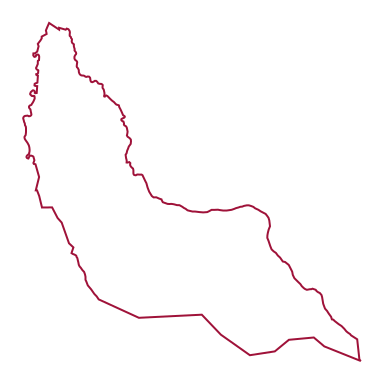 the district of Santa Catarina Quioquitani, Oaxaca, Mexico
{"feature_id": "50627088B43254077601516", "entity_name": "Santa Catarina Quioquitani", "entity_type": "district", "adm_level": 2, "iso_a3": "MEX", "parent_name": "Mexico", "parent_adm1": "Oaxaca", "projection": "robinson", "projection_center": [-96.284, 16.318], "detail": "fine", "context": "isolated", "style": "outline", "palette": "rose", "viewbox_px": 384, "rotation_deg": 0, "n_neighbors": 0, "source": "geoboundaries", "source_scale": "gbopen_adm2", "svg_char_len": 5509}
<svg xmlns="http://www.w3.org/2000/svg" viewBox="0 0 384 384"><path d="M47.2,27.3L45.9,30.5L46.4,32.5L46.6,34.0L41.7,36.6L41.7,38.4L40.3,40.7L39.4,41.8L37.8,43.9L38.6,46.2L37.2,51.6L35.1,53.3L33.4,53.4L33.3,54.7L33.3,55.5L33.7,56.0L33.9,56.4L34.3,56.8L34.7,56.9L35.6,56.5L35.9,56.1L35.9,55.6L36.2,55.1L37.8,54.5L38.1,54.6L38.6,55.0L39.0,55.7L39.2,56.7L39.2,57.0L39.0,60.2L37.9,60.8L37.8,61.6L37.8,62.9L37.8,64.0L37.4,64.9L36.6,66.9L36.3,67.3L36.1,67.8L36.1,68.4L36.4,68.9L36.7,69.4L37.2,69.7L37.9,70.0L38.3,70.4L38.1,73.0L37.9,73.2L37.7,73.5L37.3,73.9L36.2,74.2L36.3,74.8L36.8,75.1L37.4,75.6L37.9,75.7L37.4,82.6L36.9,82.9L35.6,83.3L34.7,83.8L34.5,84.9L34.5,85.5L34.8,85.7L35.4,85.9L36.0,86.0L36.6,86.1L37.2,86.1L36.7,93.0L35.9,93.1L35.3,93.2L34.8,92.9L34.8,92.2L34.7,91.5L34.5,91.1L34.0,90.6L33.1,90.3L32.7,90.4L32.2,90.8L31.5,91.5L30.8,92.1L30.6,92.6L30.1,94.0L30.5,94.7L30.9,95.1L31.6,95.5L31.7,95.9L33.1,96.1L33.7,95.9L34.1,95.9L34.5,96.3L34.6,97.2L34.7,98.3L34.4,99.3L34.0,100.1L33.5,101.3L33.2,101.8L32.8,102.6L32.2,103.4L31.9,103.8L31.5,104.7L31.1,105.0L30.5,105.3L30.0,105.4L29.5,105.8L29.2,106.2L29.0,106.6L29.0,107.2L29.1,107.6L29.3,108.1L29.6,108.5L29.9,108.8L30.4,109.4L30.6,110.3L30.7,111.1L31.1,112.8L31.3,113.9L31.4,114.6L31.2,115.2L30.8,115.6L30.0,116.1L29.3,116.2L28.6,116.2L28.2,115.9L27.4,115.6L26.9,115.7L26.2,115.8L25.2,115.9L24.4,116.2L23.8,116.8L23.4,117.4L23.2,118.3L23.4,119.2L23.8,120.5L24.1,121.9L24.8,123.4L25.0,125.2L25.8,126.6L26.0,128.1L26.0,132.0L25.8,134.0L25.6,135.2L25.0,136.0L24.5,136.9L24.5,137.7L24.8,138.9L25.6,140.2L26.6,141.6L27.4,142.7L28.6,144.9L29.0,145.9L29.4,147.7L29.6,150.0L29.5,151.6L29.4,152.2L29.1,153.0L29.2,153.7L28.5,154.3L27.3,155.3L26.8,155.9L26.5,156.6L26.5,157.2L26.9,157.9L27.5,158.3L28.4,158.5L28.8,157.6L29.4,156.4L30.0,155.7L31.4,155.7L32.8,156.2L33.4,156.7L34.4,160.2L33.8,162.0L33.4,163.0L33.8,163.9L34.7,164.0L35.5,164.3L39.1,177.0L35.8,190.3L37.0,190.3L39.2,196.0L42.0,207.5L52.1,207.4L57.6,218.0L61.7,222.6L69.0,243.3L73.4,247.4L71.5,253.1L72.7,253.9L73.4,254.2L74.5,254.6L76.2,255.6L76.6,257.0L77.3,258.0L77.9,260.6L78.3,262.2L78.8,264.8L79.7,266.6L80.6,267.5L82.4,270.1L84.1,271.9L85.0,274.4L85.5,276.8L85.5,279.8L86.3,281.5L87.8,285.4L91.1,289.3L94.3,293.9L96.7,296.4L98.7,299.4L138.9,317.8L201.8,314.7L220.9,334.7L249.9,355.2L274.8,351.4L288.9,339.8L313.8,337.5L324.3,346.4L360.8,361.0L359.4,359.5L357.2,339.3L351.0,335.3L350.1,334.1L348.0,332.7L346.3,331.3L344.3,328.8L341.5,326.0L338.6,324.1L334.5,320.9L333.4,319.7L331.9,319.4L331.1,316.8L328.9,313.8L327.9,312.3L327.2,311.1L325.0,308.6L323.7,305.1L323.2,303.7L322.7,300.7L322.1,297.1L321.5,295.0L319.7,292.9L318.4,292.4L316.6,291.1L315.7,289.8L312.5,288.7L311.3,289.2L310.0,289.2L306.9,289.8L305.2,289.1L303.9,288.2L301.8,286.2L300.4,284.1L298.2,282.0L294.4,278.2L292.8,274.9L292.2,271.7L290.9,269.1L288.8,265.0L285.1,262.0L282.8,261.5L280.1,257.6L277.8,255.5L275.9,252.9L273.7,251.4L271.6,249.4L270.3,246.2L268.5,240.8L267.3,237.9L267.4,235.4L267.9,232.6L268.7,229.5L270.0,226.3L269.7,223.8L269.3,220.5L268.5,217.8L267.1,215.8L265.6,213.9L260.6,211.3L258.4,209.8L255.1,208.3L253.4,206.9L251.1,206.0L248.7,205.3L247.0,205.3L244.0,205.9L242.3,206.6L240.3,206.8L238.4,207.5L236.1,208.1L234.2,208.9L231.6,209.8L228.3,210.3L226.9,210.5L222.9,210.5L219.3,210.0L218.0,209.7L213.9,209.9L211.5,209.9L208.9,211.3L207.2,212.1L203.2,212.4L199.7,212.1L194.7,211.5L192.4,211.5L189.4,210.8L187.5,210.3L185.6,208.8L183.8,207.9L182.5,206.9L179.5,205.2L176.9,205.1L174.0,204.3L171.6,203.9L169.3,204.0L167.6,203.9L164.2,202.7L162.8,202.2L161.7,200.1L161.5,199.4L159.2,198.6L156.3,197.3L153.6,197.4L151.8,196.0L149.2,191.7L147.6,187.6L146.4,183.2L145.4,181.3L143.3,176.9L142.5,175.2L141.6,174.6L140.0,174.6L137.2,174.5L135.8,175.3L134.2,175.0L133.6,174.2L133.4,173.3L133.4,170.1L133.0,168.5L132.4,168.1L130.8,166.5L130.1,165.0L130.3,163.1L129.3,162.1L127.3,162.6L126.6,162.5L126.7,161.2L126.6,160.0L126.1,158.2L125.6,154.8L126.6,153.2L127.2,150.6L128.0,148.8L128.8,146.5L130.0,144.9L130.7,143.9L131.0,141.2L130.8,139.5L129.6,138.1L127.6,136.7L126.9,135.5L127.3,133.7L127.6,131.7L127.2,129.6L126.8,127.7L126.2,126.5L125.4,125.9L124.4,125.4L123.9,124.6L124.0,123.8L124.0,123.2L123.7,122.5L123.6,121.9L123.4,121.5L122.7,121.3L121.8,120.7L121.3,120.0L121.3,119.5L121.5,119.0L122.2,118.6L123.0,118.2L124.3,117.6L124.7,117.1L124.8,116.6L124.5,116.1L123.9,115.7L123.1,115.2L122.6,114.1L122.2,113.1L121.7,112.0L121.3,111.1L120.2,108.8L119.3,107.2L118.9,105.4L117.9,105.0L116.4,104.6L115.4,103.7L114.1,102.2L112.0,100.6L110.1,98.8L107.6,96.2L106.4,95.5L105.3,95.8L104.8,96.6L104.2,96.4L104.1,95.9L104.4,95.0L104.5,94.1L104.4,92.7L104.0,90.8L103.7,89.5L102.7,88.2L102.5,87.1L102.7,85.8L102.7,85.0L102.2,84.4L101.2,83.9L99.4,83.8L98.2,83.4L97.7,82.5L97.0,81.6L96.1,80.9L94.7,80.9L93.6,81.7L92.2,82.2L91.1,81.8L90.5,80.7L90.3,79.2L90.1,77.8L89.2,76.7L87.8,76.5L86.5,76.9L85.4,76.7L84.6,76.0L83.7,75.6L81.9,75.5L81.1,75.3L80.0,74.5L79.4,73.6L78.9,72.2L78.8,71.2L78.8,70.1L78.3,69.0L77.6,67.8L77.0,67.3L76.7,66.3L76.9,64.4L77.2,62.2L76.9,61.4L76.0,60.5L74.9,59.6L74.4,58.2L74.5,56.5L75.3,55.0L76.0,54.2L76.2,53.5L76.0,52.5L75.4,51.6L74.6,50.6L74.5,50.1L74.7,49.1L74.3,48.0L74.0,46.9L73.9,46.5L73.8,45.7L73.9,45.0L73.9,44.5L73.8,44.2L73.2,43.8L72.3,43.0L71.8,41.9L71.7,41.1L72.0,39.7L71.8,38.9L71.2,38.3L70.8,36.9L70.1,36.3L69.7,35.8L69.7,35.1L69.7,34.0L69.9,32.8L69.7,31.2L69.3,30.5L68.4,29.2L66.7,28.6L65.7,29.7L59.1,27.8L59.1,29.6L55.0,26.9L49.1,23.0L47.2,27.3Z" fill="none" stroke="#9f1239" stroke-width="2"/></svg>